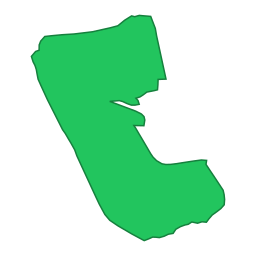 Starehe, Nairobi, Kenya (Albers equal-area conic projection)
{"feature_id": "3690345B38564256693946", "entity_name": "Starehe", "entity_type": "district", "adm_level": 2, "iso_a3": "KEN", "parent_name": "Kenya", "parent_adm1": "Nairobi", "projection": "albers", "projection_center": [36.838, -1.29], "detail": "fine", "context": "isolated", "style": "filled", "palette": "green", "viewbox_px": 256, "rotation_deg": 0, "n_neighbors": 0, "source": "geoboundaries", "source_scale": "gbopen_adm2", "svg_char_len": 1366}
<svg xmlns="http://www.w3.org/2000/svg" viewBox="0 0 256 256"><path d="M206.4,222.2L209.0,218.7L212.2,215.0L217.3,211.3L220.8,208.6L224.2,204.8L224.6,199.5L224.1,194.6L223.1,190.2L220.6,186.4L215.4,178.5L209.5,169.7L206.0,164.4L206.6,160.4L201.4,160.0L193.9,161.0L182.7,162.7L176.5,163.7L170.6,164.4L165.8,164.5L161.9,163.8L156.6,160.7L153.0,157.1L150.6,153.6L145.0,144.0L142.0,138.9L138.9,133.7L135.8,128.4L133.9,125.5L143.9,125.7L144.8,120.0L144.0,116.6L141.4,114.0L135.6,111.1L126.3,107.6L109.7,101.4L119.3,100.6L122.6,101.5L126.9,103.5L131.3,105.1L135.1,105.1L139.2,104.3L138.0,100.5L135.9,98.2L140.0,96.9L143.1,94.9L146.8,92.1L154.4,90.6L157.5,89.8L157.9,84.8L158.1,79.4L166.0,79.1L156.6,35.9L155.3,28.4L150.7,16.4L147.3,16.1L143.4,15.8L139.3,15.4L134.7,16.7L131.6,15.9L124.7,20.2L117.8,25.8L110.3,27.8L92.3,31.8L74.0,34.0L62.6,34.7L51.9,35.7L44.8,36.5L40.7,41.1L39.2,44.9L39.1,50.2L35.6,51.5L31.4,56.4L33.1,61.8L35.0,65.5L36.3,69.5L37.0,73.5L38.1,79.2L41.0,85.7L47.5,99.8L62.6,129.7L65.3,133.5L68.6,139.2L70.9,143.0L74.7,149.8L76.9,155.9L96.0,197.2L99.3,204.2L104.9,214.5L109.8,220.3L117.9,225.8L131.9,234.0L144.2,240.6L148.6,238.9L152.6,237.1L155.7,237.2L159.4,237.6L164.2,236.2L168.4,234.2L173.1,233.4L175.8,229.3L180.3,226.7L184.9,225.0L188.2,224.3L191.8,222.0L197.6,223.2L201.9,221.8L206.4,222.2Z" fill="#22c55e" stroke="#15803d" stroke-width="1.5"/></svg>